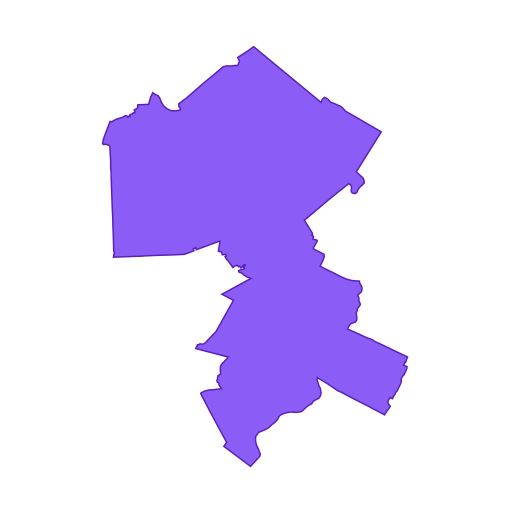 outline of Lucieni, Dâmbovita, Romania, rotated 82°
{"feature_id": "2599482B65138358361276", "entity_name": "Lucieni", "entity_type": "district", "adm_level": 2, "iso_a3": "ROU", "parent_name": "Romania", "parent_adm1": "Dâmbovita", "projection": "mercator", "projection_center": [25.413, 44.845], "detail": "fine", "context": "isolated", "style": "filled", "palette": "violet", "viewbox_px": 512, "rotation_deg": 82, "n_neighbors": 0, "source": "geoboundaries", "source_scale": "gbopen_adm2", "svg_char_len": 6080}
<svg xmlns="http://www.w3.org/2000/svg" viewBox="0 0 512 512"><g transform="rotate(82 256 256)"><path d="M431.2,150.8L430.2,150.1L424.1,144.4L423.4,143.9L422.5,144.6L421.4,145.2L419.3,146.0L417.7,145.1L415.5,143.6L414.8,143.0L416.3,140.6L414.1,139.4L412.4,137.7L410.5,136.6L409.3,135.0L402.6,130.6L400.8,129.7L397.4,129.1L395.1,127.2L394.3,125.9L393.0,125.2L391.2,123.9L387.9,122.1L386.6,121.9L385.9,123.0L384.9,124.8L384.7,125.0L381.8,123.2L382.1,122.7L377.1,120.0L373.9,124.8L370.7,129.6L370.6,129.9L361.4,143.6L356.3,151.5L356.0,151.4L355.8,151.6L355.6,151.8L355.0,152.8L353.5,155.3L353.2,155.6L353.2,156.4L345.8,167.8L343.1,172.3L342.0,174.1L341.0,175.6L338.8,174.1L337.6,173.1L336.6,171.9L336.2,171.1L335.9,170.3L335.4,167.5L335.2,166.8L334.4,165.9L333.7,165.3L332.6,165.0L330.3,164.7L326.7,164.7L326.0,164.5L324.9,163.7L323.7,163.3L322.4,163.1L321.9,162.7L321.5,162.2L319.6,160.1L318.4,159.5L317.9,159.4L317.3,159.6L316.6,159.8L315.8,160.1L313.5,160.3L312.7,160.0L310.7,160.1L310.3,160.4L309.2,160.7L308.7,160.5L308.2,159.7L307.1,158.0L306.0,156.7L305.0,156.1L304.1,155.8L302.5,155.5L300.3,155.7L297.2,157.2L295.3,157.0L295.1,157.9L294.9,158.6L294.2,162.4L293.4,165.0L293.1,165.7L292.3,167.9L291.2,170.1L289.6,172.7L288.1,175.1L282.4,183.2L281.1,185.2L279.8,187.1L277.0,191.3L276.0,192.7L275.2,193.6L275.0,193.9L269.5,190.2L266.2,188.5L263.7,188.4L262.8,189.8L261.8,191.2L261.4,191.8L261.2,192.2L256.8,198.3L256.1,198.0L255.7,197.8L252.7,195.5L250.7,194.0L249.8,193.4L249.1,193.3L248.7,193.5L247.8,195.7L247.4,197.0L247.1,197.1L246.7,197.2L246.2,197.0L245.7,196.7L245.1,196.4L244.6,196.4L244.2,196.7L243.1,197.7L242.8,197.1L241.0,197.1L227.3,203.1L210.3,176.1L198.7,156.6L197.2,154.3L198.1,153.3L199.0,152.3L200.9,151.8L202.9,152.2L205.6,152.7L207.1,151.7L207.7,150.4L208.0,149.1L206.9,147.1L204.8,146.0L202.7,144.1L201.9,143.1L200.9,141.2L199.9,140.1L198.7,138.6L197.5,138.5L196.4,138.6L195.4,138.7L194.5,138.8L194.0,139.0L193.4,139.4L192.5,140.0L190.7,141.6L187.8,143.9L186.5,144.9L150.5,114.7L129.9,140.9L125.0,147.3L122.1,149.1L120.0,150.8L116.2,156.8L114.3,160.4L110.4,163.3L108.4,166.0L110.1,168.6L113.0,170.2L48.4,229.2L51.8,235.6L56.8,246.5L58.5,246.0L60.5,245.3L61.7,245.6L62.8,246.6L64.4,247.2L64.8,247.8L64.4,249.9L64.5,253.4L63.7,258.4L64.0,262.2L67.2,267.2L70.1,271.8L70.7,272.8L76.8,282.8L90.1,303.2L94.5,311.3L97.5,311.5L98.9,310.4L101.0,310.9L101.1,315.5L100.1,320.3L97.8,323.6L94.3,326.7L90.6,328.3L88.5,328.8L86.5,329.2L85.2,329.8L83.6,330.6L82.6,332.4L81.4,334.1L79.9,335.5L84.1,338.2L87.5,339.8L90.9,341.2L89.8,351.9L90.7,352.3L91.8,352.3L92.7,352.9L93.8,353.9L93.9,355.1L94.1,356.1L95.2,356.3L96.3,355.6L97.4,356.1L97.1,357.5L98.4,359.2L98.1,360.0L98.4,361.1L99.4,361.2L100.3,361.5L99.9,362.1L99.8,362.6L100.7,363.5L99.0,364.6L99.0,366.5L99.9,368.4L100.2,369.7L101.0,374.9L102.5,379.2L103.0,379.9L102.4,381.8L116.4,389.5L119.3,390.9L123.5,392.3L123.8,391.9L124.4,391.5L124.4,391.0L124.4,389.9L124.9,388.3L125.7,386.5L127.0,385.5L129.2,385.6L130.1,385.8L131.2,385.8L134.3,386.1L136.8,386.3L141.1,386.6L144.2,387.1L149.9,387.8L151.1,387.8L151.9,387.7L154.2,388.0L157.7,388.4L158.9,388.6L160.0,388.8L161.8,388.9L172.3,390.0L175.1,390.3L177.9,390.5L181.1,390.9L188.9,391.7L200.8,392.8L204.1,393.3L206.3,393.5L214.1,394.3L220.4,395.0L224.0,395.4L226.2,395.6L228.4,395.9L230.0,396.1L231.0,396.2L231.3,396.2L231.8,395.9L232.2,395.8L232.7,395.8L233.1,395.9L234.4,396.4L235.1,396.7L235.7,396.8L236.3,396.9L237.4,397.3L237.7,393.8L237.9,392.1L238.1,389.7L238.3,387.7L238.6,385.5L238.6,384.6L238.7,383.7L238.9,382.7L239.3,377.6L239.5,376.4L239.6,375.1L239.7,373.8L239.9,372.6L240.1,370.7L240.2,369.3L240.3,368.2L240.4,366.8L240.4,366.5L241.1,358.8L242.0,350.1L243.3,338.5L244.1,329.9L244.3,327.6L244.3,326.3L243.9,324.2L242.2,316.7L240.2,317.1L239.8,315.8L239.4,314.5L240.8,314.2L241.5,314.3L236.3,290.4L236.4,289.6L246.0,292.6L246.3,292.3L246.7,290.7L246.8,290.6L247.0,289.8L249.8,289.2L250.1,289.2L250.2,285.7L252.1,285.4L252.4,286.7L255.5,285.5L256.3,284.6L264.2,280.5L262.9,278.3L262.6,276.1L263.0,276.0L263.2,275.7L263.3,275.1L264.2,274.8L263.9,273.6L265.7,272.7L265.3,271.9L264.6,271.1L264.1,270.6L263.2,269.4L263.1,268.6L263.0,268.0L263.2,267.9L263.7,268.1L264.3,268.5L264.6,269.2L265.3,269.9L265.5,270.0L266.3,269.1L267.2,269.8L267.3,270.6L267.4,272.1L267.7,273.6L267.9,274.5L268.1,275.2L268.2,275.3L269.4,275.2L270.2,274.2L270.5,273.1L271.5,271.9L272.8,271.1L275.3,268.1L276.2,266.5L276.2,266.4L277.5,264.1L278.0,265.5L279.4,269.2L288.8,294.1L289.1,295.1L296.7,284.5L325.5,306.3L325.3,306.2L335.2,318.7L335.6,319.7L335.9,320.9L335.7,321.7L335.5,322.9L335.1,323.7L335.7,324.2L335.9,325.3L335.7,326.4L336.3,326.6L336.9,326.5L337.3,326.8L337.6,327.5L338.7,328.3L339.3,328.5L352.1,297.8L352.2,298.1L353.9,299.0L354.6,300.5L355.4,301.5L356.7,302.6L357.2,303.9L359.0,305.6L360.3,306.5L364.2,307.3L367.2,307.3L368.0,307.8L368.7,309.2L369.5,310.5L371.2,311.0L372.4,311.2L373.1,311.6L373.8,312.1L374.8,312.0L375.8,311.7L376.5,310.6L377.3,310.4L378.0,310.6L379.2,310.4L380.0,310.0L380.6,309.5L381.3,309.3L382.1,308.9L382.7,308.6L382.5,313.1L382.5,316.6L382.1,321.2L382.8,326.5L384.1,329.7L384.6,329.9L402.0,323.8L436.6,311.0L438.2,312.7L440.0,314.4L448.7,305.6L463.6,290.7L454.9,280.2L452.8,279.3L447.1,280.6L443.1,281.9L439.1,282.2L434.8,281.5L431.0,278.0L429.6,272.3L428.9,270.0L427.9,267.7L426.7,265.8L425.2,263.8L424.1,261.7L423.2,260.2L421.8,258.5L420.5,257.1L418.7,255.9L417.3,254.6L416.6,253.1L416.3,252.0L416.0,250.9L415.6,248.9L415.4,246.8L415.3,245.0L415.4,243.0L415.7,241.4L416.0,240.5L416.1,239.3L416.4,238.3L416.5,237.2L416.5,235.5L416.4,233.0L415.9,231.8L414.5,229.8L413.4,228.2L412.2,226.5L411.6,225.2L411.0,224.1L410.6,222.8L410.0,221.3L408.9,220.5L408.0,219.5L407.5,218.8L407.1,217.8L406.4,216.0L406.0,214.4L405.4,213.3L404.4,212.4L402.7,211.3L401.7,210.9L400.0,210.6L396.0,210.7L393.9,211.6L390.5,212.2L388.9,212.6L387.1,212.6L384.9,212.2L385.4,211.6L392.6,202.8L400.7,193.9L402.9,190.4L409.1,181.8L416.3,171.6L417.0,170.5L417.3,170.1L421.0,164.8L422.6,162.7L431.1,150.9L431.2,150.8Z" fill="#8b5cf6" stroke="#5b21b6" stroke-width="1.5"/></g></svg>